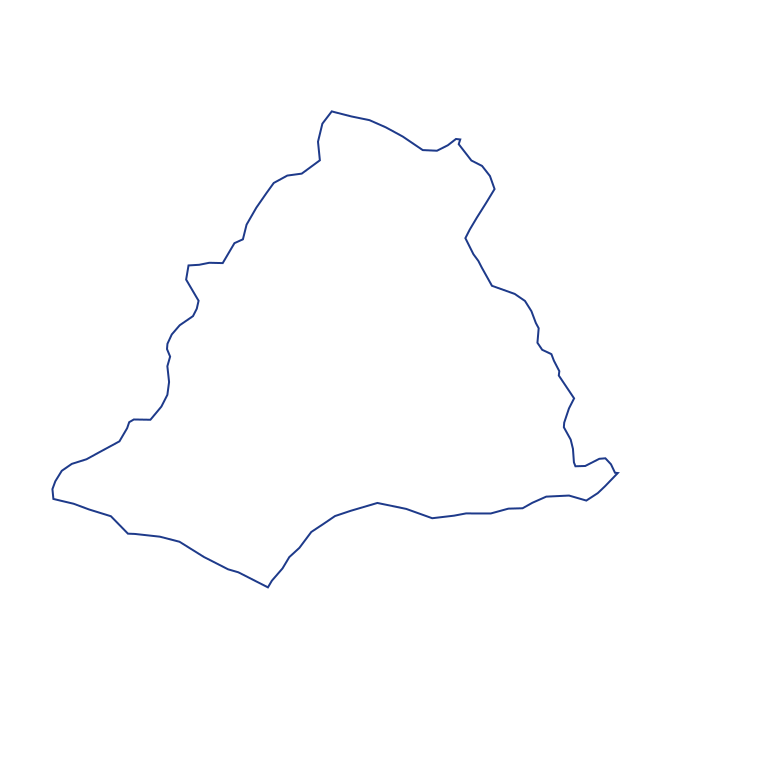 Mazotos, Larnaca, Cyprus (Natural Earth projection), rotated 27°
{"feature_id": "46923920B50893737642060", "entity_name": "Mazotos", "entity_type": "district", "adm_level": 2, "iso_a3": "CYP", "parent_name": "Cyprus", "parent_adm1": "Larnaca", "projection": "natural_earth1", "projection_center": [33.494, 34.799], "detail": "fine", "context": "isolated", "style": "outline", "palette": "blue", "viewbox_px": 768, "rotation_deg": 27, "n_neighbors": 0, "source": "geoboundaries", "source_scale": "gbopen_adm2", "svg_char_len": 1701}
<svg xmlns="http://www.w3.org/2000/svg" viewBox="0 0 768 768"><g transform="rotate(27 384 384)"><path d="M340.9,131.5L336.9,133.0L332.5,142.3L325.3,152.1L312.3,158.0L288.3,155.0L287.8,155.0L269.0,154.5L251.3,155.5L233.5,160.4L216.2,164.3L213.7,164.8L210.9,180.0L215.2,198.1L225.3,213.8L215.2,233.9L203.2,242.2L194.5,254.9L192.6,267.2L190.2,284.8L189.2,304.4L192.6,319.1L186.8,326.4L185.4,349.5L173.3,355.3L165.2,361.7L156.0,367.1L160.3,380.8L177.2,391.6L181.0,394.0L183.0,401.9L183.0,410.2L175.3,424.4L172.4,436.2L172.8,446.5L174.8,451.4L181.0,456.7L182.9,466.5L191.6,479.8L195.9,492.0L195.9,505.2L192.1,521.9L177.2,529.2L174.3,533.7L175.2,540.0L175.0,543.2L174.3,555.2L160.8,574.8L153.1,586.1L142.1,596.9L136.3,607.6L135.3,619.9L136.3,628.2L141.6,636.5L148.3,634.9L161.8,631.6L178.1,629.7L200.7,625.8L223.8,633.6L230.1,630.7L253.6,621.8L273.4,617.4L302.2,619.9L329.2,619.9L339.7,617.9L359.9,617.9L372.9,617.9L373.4,610.1L377.3,594.4L378.2,581.2L383.0,568.4L386.4,548.8L393.6,536.1L400.3,523.9L411.9,512.1L432.1,493.0L460.5,485.2L487.9,481.7L506.2,469.5L515.8,462.1L537.9,450.9L551.4,438.6L563.9,431.8L570.1,422.5L579.7,410.7L599.5,399.4L617.2,396.0L624.0,384.2L627.3,374.9L632.7,357.2L630.1,358.2L622.7,352.5L615.0,349.7L609.8,352.9L600.5,365.7L591.9,370.4L588.8,367.6L581.8,356.0L575.6,348.8L563.9,340.9L562.1,336.6L559.9,321.8L559.9,310.5L535.9,297.1L534.4,293.0L524.8,286.1L519.6,281.4L509.4,281.7L502.0,277.6L496.5,264.1L491.6,260.7L482.3,252.2L471.9,246.0L459.6,244.4L435.6,247.5L418.3,235.9L412.2,231.5L404.8,227.8L390.3,217.1L390.3,207.4L391.2,193.6L392.8,176.1L394.0,160.1L384.0,150.6L372.4,145.2L360.4,145.2L341.7,136.4L340.9,131.5Z" fill="none" stroke="#1e3a8a" stroke-width="2"/></g></svg>